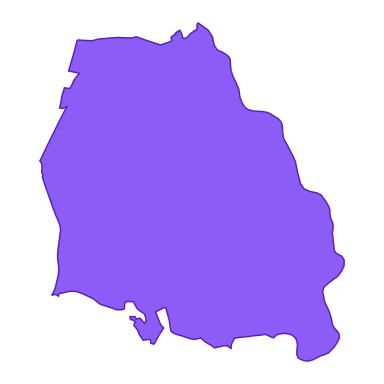 Pelču pag., Kuldigas, Latvia (Albers equal-area conic projection)
{"feature_id": "27541924B78611617538916", "entity_name": "Pelču pag.", "entity_type": "district", "adm_level": 2, "iso_a3": "LVA", "parent_name": "Latvia", "parent_adm1": "Kuldigas", "projection": "albers", "projection_center": [21.992, 56.908], "detail": "fine", "context": "isolated", "style": "filled", "palette": "violet", "viewbox_px": 384, "rotation_deg": 0, "n_neighbors": 0, "source": "geoboundaries", "source_scale": "gbopen_adm2", "svg_char_len": 4965}
<svg xmlns="http://www.w3.org/2000/svg" viewBox="0 0 384 384"><path d="M55.6,286.6L55.5,287.0L54.9,288.8L54.5,289.9L54.0,290.9L53.6,291.8L52.7,293.6L51.9,294.9L52.6,295.1L55.6,294.4L58.5,296.1L58.8,293.7L67.2,291.9L69.7,291.3L76.0,291.4L83.7,294.1L85.0,294.9L86.2,295.4L90.4,297.4L93.2,298.7L93.6,298.9L99.0,303.3L100.2,304.2L102.6,305.0L111.9,308.0L112.0,308.0L112.4,308.2L113.7,308.6L116.1,309.7L122.4,309.7L124.5,308.7L124.7,303.2L126.1,301.7L128.5,301.6L132.6,301.6L133.2,301.8L133.9,302.7L136.4,307.2L137.7,309.3L144.4,313.9L144.7,314.2L144.8,314.5L146.3,320.6L146.1,320.6L144.6,323.4L140.1,318.2L136.3,319.0L136.2,319.0L136.0,318.6L134.9,316.5L129.9,316.7L130.6,319.7L132.7,319.9L135.1,321.4L133.9,325.4L136.8,329.0L137.9,330.6L139.4,334.7L143.1,340.2L147.6,339.6L150.3,339.4L150.9,343.3L153.7,344.1L154.4,343.8L154.4,343.4L154.7,343.1L155.0,342.7L157.2,338.3L159.3,334.5L163.7,328.0L160.6,324.7L160.3,323.8L159.3,321.4L155.6,312.1L159.2,310.0L159.7,309.9L163.6,307.8L165.7,307.7L169.1,319.7L170.7,330.2L170.8,330.8L172.3,331.9L172.1,332.2L174.0,333.4L177.0,334.5L179.9,335.4L181.8,335.8L184.1,336.6L186.4,337.5L188.5,338.2L191.7,339.0L193.2,339.2L194.4,339.2L196.1,339.1L199.0,338.5L200.0,338.3L201.1,338.0L202.5,339.5L204.1,341.0L208.3,343.8L210.8,345.0L214.6,347.9L219.4,346.7L220.1,346.8L222.6,345.9L226.9,345.8L227.3,345.4L228.3,346.6L228.6,346.8L228.9,347.0L230.8,348.4L231.2,348.4L231.1,347.8L231.2,346.4L231.2,345.4L231.5,344.3L232.1,342.9L233.2,340.7L234.5,338.3L238.7,337.5L240.0,337.3L250.2,336.4L251.4,336.0L254.4,335.7L260.8,335.1L262.5,334.8L263.6,334.6L265.3,334.3L270.4,336.6L271.4,337.1L273.5,337.8L276.9,334.8L279.6,334.0L283.8,333.4L288.4,333.8L292.3,335.2L295.6,338.2L297.0,341.7L297.4,344.9L296.9,350.9L296.8,354.5L298.1,357.8L300.7,359.4L304.6,360.8L308.6,361.0L312.9,359.8L317.1,357.7L320.8,355.8L324.6,354.6L328.7,352.8L329.8,351.6L332.7,348.6L334.9,346.1L337.1,342.6L339.5,338.0L339.1,334.7L338.5,332.8L337.0,330.9L334.1,327.7L333.3,326.3L332.3,323.9L331.5,319.2L329.2,311.6L326.8,306.4L324.7,301.9L322.6,291.3L324.0,287.0L329.3,282.4L338.0,276.0L341.8,270.7L344.1,265.6L344.1,260.0L341.8,256.2L336.2,253.3L334.3,250.5L332.8,236.6L332.4,233.6L333.2,226.6L332.8,223.3L330.7,218.3L330.0,215.1L329.8,209.8L328.6,206.2L325.7,201.2L321.3,195.2L317.2,193.0L309.1,191.2L303.9,188.7L300.5,183.6L298.8,177.2L297.7,173.1L295.5,162.1L294.1,158.6L292.3,154.7L291.2,152.9L290.1,150.5L289.4,149.2L288.7,147.9L286.6,143.8L285.3,141.6L283.7,138.6L283.4,137.4L283.2,136.2L283.0,134.9L282.5,131.2L282.6,129.1L282.1,124.6L280.9,121.7L278.3,118.8L274.0,116.2L271.3,114.3L269.9,113.6L269.7,113.5L267.6,112.5L263.1,111.6L253.0,111.0L247.5,109.3L244.5,106.7L242.1,102.9L240.3,98.2L239.9,97.2L238.8,89.2L235.4,81.2L233.0,76.6L230.9,70.2L230.2,60.1L229.5,57.7L227.5,55.5L223.3,52.7L217.2,49.9L214.3,45.4L212.4,36.8L208.2,30.2L201.3,25.2L198.0,23.0L197.3,24.3L197.1,24.3L197.1,24.6L197.1,25.0L196.9,29.4L194.5,31.0L193.5,31.1L193.1,31.9L192.5,32.3L191.4,33.0L190.1,33.8L189.9,34.3L189.1,35.2L188.9,35.5L188.3,36.1L187.7,36.7L186.8,37.5L186.1,38.0L185.8,38.2L185.7,38.2L182.9,38.2L182.6,37.2L182.0,34.9L181.8,34.2L181.7,34.0L181.4,33.1L181.0,32.3L180.7,31.6L180.2,30.8L179.9,30.3L179.0,30.7L177.4,31.8L177.1,31.8L176.9,32.0L176.9,32.3L176.4,32.5L176.2,32.5L176.0,33.2L175.9,33.3L175.7,33.0L175.3,33.5L175.5,34.5L175.4,34.5L175.1,34.4L174.5,35.0L174.1,35.0L173.7,35.2L173.2,35.8L172.5,36.0L172.4,36.3L171.6,36.7L171.4,37.1L171.0,37.6L171.8,40.7L170.1,41.7L163.8,43.9L162.4,44.4L159.8,44.9L157.4,43.8L155.5,43.3L155.2,43.2L153.2,42.7L151.9,42.2L147.2,40.6L143.7,39.4L136.6,36.9L136.3,36.8L136.1,36.8L132.2,38.0L131.6,38.0L128.6,37.9L124.4,37.8L119.2,37.6L118.8,37.4L111.9,37.9L109.7,38.0L108.7,38.1L107.8,38.2L106.2,38.4L103.9,38.6L102.4,38.7L100.8,38.9L99.2,39.0L98.1,39.1L96.6,39.6L96.1,39.7L95.4,39.9L94.3,40.2L92.0,40.8L91.4,40.7L85.6,40.5L85.4,40.5L81.1,40.2L78.1,40.0L77.8,40.0L77.2,40.1L77.4,40.1L77.2,40.4L75.3,47.4L74.6,50.5L71.3,61.7L68.6,71.0L79.4,73.2L74.0,80.0L71.8,85.1L70.1,87.9L69.7,88.5L64.4,87.8L62.1,95.5L61.5,98.2L60.8,103.3L60.1,105.6L59.8,108.2L63.6,108.2L66.8,106.8L60.0,119.8L54.0,131.9L47.6,144.8L45.1,150.2L39.9,161.0L40.2,161.0L41.5,163.3L42.2,168.2L41.8,169.7L41.7,171.9L42.8,175.4L42.4,176.6L42.5,177.4L42.9,178.5L43.2,179.7L43.5,180.7L43.9,181.8L44.0,182.2L44.6,184.1L45.5,186.6L46.6,189.8L50.0,199.3L50.3,200.0L51.4,203.4L51.5,203.6L52.2,205.7L52.4,206.2L53.3,208.7L54.3,211.4L55.9,215.5L56.1,216.0L58.4,221.3L58.8,222.2L58.9,222.7L59.2,223.5L59.8,225.0L60.0,225.6L60.1,226.3L60.3,226.8L60.3,227.1L60.4,227.7L60.5,228.4L60.5,229.0L60.5,229.8L60.4,231.4L59.8,235.6L59.6,237.3L59.3,239.8L59.2,240.7L58.9,243.1L58.2,248.0L58.0,249.6L57.9,251.2L57.7,252.8L57.6,254.5L57.6,256.2L57.6,257.9L57.8,259.6L58.0,260.9L58.0,261.2L58.3,263.7L58.5,265.3L58.6,265.9L58.7,267.0L58.8,268.5L58.8,269.3L58.8,270.1L58.6,271.8L58.5,273.4L58.2,275.0L58.0,276.5L57.4,278.9L56.9,281.0L55.6,286.6Z" fill="#8b5cf6" stroke="#5b21b6" stroke-width="1.5"/></svg>